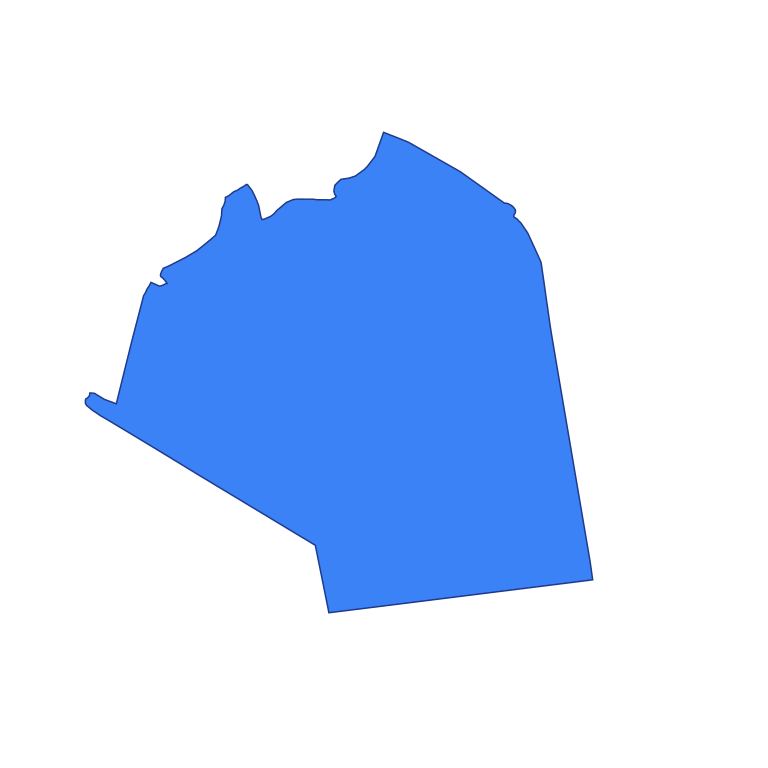 Tadmor, Homs (Hims), Syria (Natural Earth projection), rotated 23°
{"feature_id": "27442178B76261641700856", "entity_name": "Tadmor", "entity_type": "district", "adm_level": 2, "iso_a3": "SYR", "parent_name": "Syria", "parent_adm1": "Homs (Hims)", "projection": "natural_earth1", "projection_center": [39.01, 34.465], "detail": "fine", "context": "isolated", "style": "filled", "palette": "blue", "viewbox_px": 768, "rotation_deg": 23, "n_neighbors": 0, "source": "geoboundaries", "source_scale": "gbopen_adm2", "svg_char_len": 3074}
<svg xmlns="http://www.w3.org/2000/svg" viewBox="0 0 768 768"><g transform="rotate(23 384 384)"><path d="M422.6,616.1L430.6,611.5L652.6,482.7L643.4,467.4L538.2,303.2L517.9,271.4L513.0,263.5L510.4,259.2L506.8,253.2L504.9,250.0L501.0,243.7L491.3,227.5L481.0,210.6L476.7,206.6L475.3,205.3L471.6,201.9L468.8,199.3L459.1,190.5L457.1,188.7L446.5,181.9L445.3,181.7L442.6,180.4L442.4,180.3L442.3,180.2L442.2,180.2L441.9,180.1L441.7,180.1L441.4,180.0L441.2,180.0L441.1,179.9L440.8,179.9L440.7,179.9L440.3,179.8L440.2,179.8L439.9,179.8L439.7,179.8L439.4,179.8L439.2,179.7L438.9,179.6L438.7,179.6L438.5,179.4L438.4,179.3L438.3,179.2L438.2,179.2L438.0,178.9L437.9,178.8L437.9,178.7L437.7,178.4L437.7,178.2L437.6,177.9L437.6,177.7L437.6,177.4L437.6,177.2L437.7,176.9L437.8,176.8L437.8,176.7L437.8,176.4L437.9,176.2L437.9,175.9L437.9,175.7L437.9,175.4L437.9,175.2L437.8,174.9L437.8,174.7L437.7,174.5L437.7,174.3L437.7,174.2L437.6,173.9L437.6,173.7L437.4,173.4L437.3,173.2L437.2,173.0L437.2,172.9L437.1,172.7L436.9,172.5L436.9,172.4L436.6,172.2L436.3,172.0L436.2,171.9L435.9,171.8L435.8,171.7L435.6,171.6L435.4,171.4L435.0,171.2L434.8,171.1L434.7,171.1L434.4,170.9L434.2,170.8L433.9,170.7L433.6,170.6L433.4,170.5L433.2,170.4L432.8,170.3L432.8,170.2L432.7,170.2L432.4,170.1L432.2,170.1L431.9,170.0L431.7,170.0L431.6,169.9L431.3,169.9L431.2,169.9L430.9,169.8L430.7,169.8L430.3,169.7L430.2,169.7L429.9,169.7L429.7,169.7L429.3,169.7L429.1,169.6L428.9,169.6L428.7,169.6L428.2,169.6L427.9,169.6L427.7,169.6L427.4,169.6L427.0,169.6L426.9,169.6L426.7,169.7L426.2,169.7L424.3,170.5L371.5,158.8L362.1,157.7L312.0,151.9L288.6,152.4L285.3,152.5L286.8,178.0L285.3,183.8L283.6,190.4L282.0,194.4L276.7,203.2L276.3,203.8L272.5,207.2L270.7,208.6L267.1,210.7L264.4,212.5L262.7,216.2L261.1,220.3L262.4,225.9L264.7,228.8L266.6,229.9L266.4,231.2L264.9,233.2L263.7,234.3L263.5,234.5L263.2,235.0L262.5,235.6L261.8,235.9L260.1,236.5L250.5,240.5L246.6,241.6L232.0,247.7L228.5,249.6L223.2,255.0L217.5,266.3L216.2,270.3L214.2,273.9L209.6,278.8L207.6,280.3L206.9,279.7L205.4,278.3L199.0,268.9L198.9,268.8L198.7,268.5L198.5,268.3L195.7,265.4L195.3,265.0L194.2,264.0L191.4,261.3L187.1,257.6L180.6,253.9L179.6,253.9L179.0,254.6L178.1,256.2L174.7,260.6L173.8,262.4L170.6,265.7L169.8,267.1L167.6,271.3L165.1,274.2L165.6,275.7L166.3,277.5L166.7,281.7L166.3,286.0L168.7,292.7L169.3,296.0L170.5,303.7L170.8,310.4L170.8,313.0L167.8,319.0L164.9,324.7L163.6,327.1L161.1,331.7L159.5,334.6L155.9,339.5L151.9,345.0L143.0,355.6L140.2,359.0L135.6,363.8L135.3,367.6L135.4,368.8L135.4,369.9L135.8,371.4L136.4,372.2L138.8,372.9L141.4,374.0L145.0,376.2L144.5,376.5L140.6,380.6L139.1,381.7L129.8,381.5L129.5,385.6L128.8,388.9L128.7,393.6L128.2,396.6L135.4,445.0L145.3,506.8L139.1,507.1L132.9,507.4L131.2,507.2L121.1,505.7L116.8,507.1L117.4,509.9L116.5,512.9L115.4,514.0L115.4,515.2L115.8,516.5L116.8,518.6L118.8,520.0L125.8,522.1L135.6,524.0L148.8,525.7L192.5,531.9L208.4,534.2L220.0,535.9L249.7,540.3L268.7,543.0L335.8,552.5L356.6,555.5L383.8,559.3L420.3,612.6L422.6,616.1Z" fill="#3b82f6" stroke="#1e3a8a" stroke-width="1.5"/></g></svg>